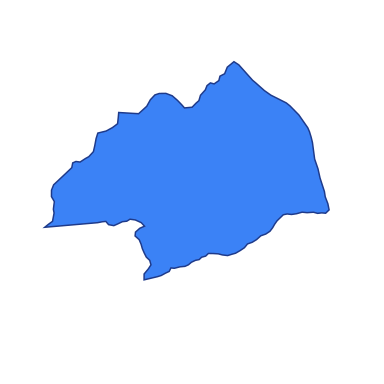 Praia Norte, Tocantins, Brazil (orthographic projection), rotated 46°
{"feature_id": "56859067B13207175256086", "entity_name": "Praia Norte", "entity_type": "district", "adm_level": 2, "iso_a3": "BRA", "parent_name": "Brazil", "parent_adm1": "Tocantins", "projection": "orthographic", "projection_center": [-47.779, -5.489], "detail": "fine", "context": "isolated", "style": "filled", "palette": "blue", "viewbox_px": 384, "rotation_deg": 46, "n_neighbors": 0, "source": "geoboundaries", "source_scale": "gbopen_adm2", "svg_char_len": 1778}
<svg xmlns="http://www.w3.org/2000/svg" viewBox="0 0 384 384"><g transform="rotate(46 192 192)"><path d="M115.1,322.4L148.5,281.2L151.1,277.2L153.3,274.4L157.5,274.7L161.9,271.6L163.4,267.5L165.0,262.7L167.7,259.2L168.5,255.5L172.7,252.2L178.8,249.8L183.6,249.9L181.8,254.8L181.6,260.5L184.1,263.5L189.6,263.1L194.2,264.9L198.3,267.1L202.9,268.8L207.1,270.1L211.8,269.9L215.9,272.1L217.0,276.9L217.7,283.4L221.9,287.5L229.0,275.5L230.7,272.1L232.0,267.3L233.3,263.6L232.0,259.9L234.6,257.7L237.5,252.6L240.6,248.7L241.9,245.1L242.1,241.3L243.6,236.9L245.6,233.8L245.6,230.4L247.6,226.7L247.6,222.9L251.1,219.4L254.8,216.0L258.3,213.9L262.5,210.5L264.5,206.5L266.3,203.2L267.6,198.0L268.5,193.0L267.9,188.2L270.0,183.6L271.1,178.6L271.3,172.9L273.5,168.1L274.4,163.2L273.7,158.7L272.6,155.0L271.8,150.8L271.8,146.0L271.8,142.1L273.9,138.8L277.3,136.0L280.3,131.8L283.0,126.8L286.8,123.6L290.9,118.7L294.6,116.5L297.1,113.2L300.1,110.6L300.1,105.8L294.8,102.4L288.0,99.5L283.6,96.4L270.9,90.2L262.9,85.3L253.5,80.9L240.1,71.0L235.3,68.2L230.2,65.6L226.2,64.1L210.7,61.6L198.1,61.7L193.4,62.3L177.1,68.0L169.2,69.5L157.4,70.4L153.7,70.8L138.2,70.2L133.1,70.0L127.4,71.3L126.7,79.9L129.6,86.4L128.1,91.4L130.5,95.3L129.6,101.0L126.3,103.0L125.9,107.3L127.8,111.5L128.3,118.7L131.1,123.6L130.9,127.5L131.1,133.0L126.3,139.0L122.0,138.8L116.0,138.8L109.0,139.4L102.9,142.3L98.4,147.1L96.4,151.2L96.7,157.8L98.9,165.0L98.6,176.0L92.1,182.0L83.9,189.5L87.2,193.3L91.2,198.1L90.4,204.5L88.5,211.4L84.2,218.8L86.9,223.8L91.1,229.7L94.5,234.9L94.9,241.7L93.9,245.4L92.7,251.7L89.4,254.3L88.2,257.6L91.0,261.6L90.9,272.5L90.7,286.5L93.1,291.8L97.7,296.3L103.3,297.7L108.1,303.7L111.3,305.8L116.2,312.7L115.5,317.7L115.1,322.4Z" fill="#3b82f6" stroke="#1e3a8a" stroke-width="1.5"/></g></svg>